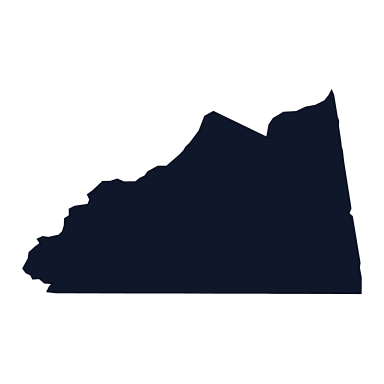 the district of Santa Terezinha de Itaipu, Paraná, Brazil, rotated 270°
{"feature_id": "56859067B53471345312520", "entity_name": "Santa Terezinha de Itaipu", "entity_type": "district", "adm_level": 2, "iso_a3": "BRA", "parent_name": "Brazil", "parent_adm1": "Paraná", "projection": "robinson", "projection_center": [-54.414, -25.439], "detail": "fine", "context": "isolated", "style": "filled", "palette": "ink", "viewbox_px": 384, "rotation_deg": 270, "n_neighbors": 0, "source": "geoboundaries", "source_scale": "gbopen_adm2", "svg_char_len": 1150}
<svg xmlns="http://www.w3.org/2000/svg" viewBox="0 0 384 384"><g transform="rotate(270 192 192)"><path d="M293.3,331.6L288.5,329.1L283.0,324.7L278.4,315.4L276.7,305.9L272.2,296.3L271.5,283.6L265.4,273.4L259.2,269.2L251.0,267.8L246.4,266.9L272.3,213.4L267.6,204.9L253.1,199.3L244.6,193.0L240.2,189.6L236.9,186.0L233.5,184.1L229.3,180.2L221.7,171.5L217.5,166.6L217.5,157.9L212.1,148.0L207.8,144.9L205.5,139.9L201.9,135.6L201.9,128.5L201.8,123.9L204.7,117.3L202.4,110.4L202.3,102.7L192.9,92.7L189.4,87.7L184.4,90.1L179.4,88.0L177.5,74.8L174.8,69.5L168.3,69.6L165.3,64.8L158.7,64.6L152.4,62.7L148.7,59.1L146.3,48.3L147.2,42.8L144.9,37.6L140.7,40.4L136.7,35.1L131.5,29.3L125.2,28.4L115.5,23.0L111.4,26.2L109.2,30.9L105.2,32.8L105.7,39.2L101.2,44.6L100.6,52.7L97.1,49.5L92.5,47.2L91.5,56.2L91.3,130.8L91.3,152.1L91.3,172.4L91.1,217.2L91.1,234.1L91.1,254.8L91.1,264.8L90.9,274.5L90.9,293.6L90.7,360.9L106.1,361.0L116.8,359.1L121.0,359.8L151.8,354.7L167.5,352.1L170.5,348.6L175.6,350.7L221.7,343.5L233.7,342.1L237.4,341.0L242.4,340.5L257.9,338.2L263.1,338.4L267.0,337.0L288.7,333.5L293.3,331.6Z" fill="#0f172a" stroke="#020617" stroke-width="1.5"/></g></svg>